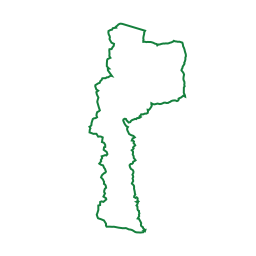 Sete Quedas, Mato Grosso do Sul, Brazil (Robinson projection), rotated 112°
{"feature_id": "56859067B99302609455873", "entity_name": "Sete Quedas", "entity_type": "district", "adm_level": 2, "iso_a3": "BRA", "parent_name": "Brazil", "parent_adm1": "Mato Grosso do Sul", "projection": "robinson", "projection_center": [-54.99, -23.874], "detail": "fine", "context": "isolated", "style": "outline", "palette": "green", "viewbox_px": 256, "rotation_deg": 112, "n_neighbors": 0, "source": "geoboundaries", "source_scale": "gbopen_adm2", "svg_char_len": 4719}
<svg xmlns="http://www.w3.org/2000/svg" viewBox="0 0 256 256"><g transform="rotate(112 128 128)"><path d="M218.9,74.8L217.3,74.8L215.8,74.9L215.5,76.2L214.4,77.0L214.2,78.1L213.7,79.3L212.6,79.9L211.3,80.1L210.0,81.5L208.9,82.9L208.1,83.8L208.3,85.1L206.9,84.9L205.6,84.6L204.1,85.5L203.0,85.4L201.9,86.3L200.8,86.7L200.6,87.9L199.7,88.8L198.5,89.3L197.2,89.9L196.7,91.1L195.3,90.8L193.5,90.9L193.3,92.5L192.1,91.0L191.6,92.1L190.6,92.4L189.6,92.7L189.0,94.0L190.0,94.8L189.7,96.5L188.4,96.7L187.0,96.3L185.9,97.2L184.4,98.0L182.7,99.2L181.8,99.8L180.4,100.2L179.2,101.0L178.5,102.5L178.1,103.6L177.0,103.6L175.3,103.3L174.1,104.0L173.1,104.9L171.4,104.8L170.4,105.5L169.7,106.4L167.7,106.2L166.2,106.7L165.2,107.8L164.8,110.0L163.4,111.6L161.9,112.6L160.4,112.1L159.6,110.7L158.5,110.3L157.3,110.6L156.2,109.6L155.1,108.9L154.4,110.0L153.7,111.4L151.9,112.3L150.8,113.7L149.2,114.0L147.9,114.6L147.2,116.2L145.9,115.4L144.9,115.1L144.1,116.0L143.1,115.7L141.4,114.8L140.6,115.8L139.9,117.2L138.3,117.4L137.9,118.6L138.2,119.8L137.2,119.8L135.9,119.8L135.0,118.9L134.1,118.2L133.3,120.0L133.4,121.6L133.4,122.8L133.1,124.8L131.8,126.1L130.8,127.3L129.8,128.2L128.5,128.7L127.1,128.4L126.9,130.3L125.8,132.1L125.1,133.0L123.8,134.3L122.9,135.2L121.8,135.4L120.7,134.6L120.4,133.3L121.5,132.1L122.0,130.8L122.7,129.5L121.7,128.1L120.6,128.0L119.3,127.3L118.4,126.4L117.7,125.6L116.9,124.9L116.7,123.7L115.3,123.2L114.9,122.0L114.1,121.0L113.0,120.3L112.7,121.6L111.4,121.0L110.4,120.9L109.7,119.1L108.3,117.7L107.9,116.5L106.7,115.4L105.3,115.6L103.7,116.6L103.4,115.4L101.9,114.8L100.6,114.6L99.3,114.3L98.2,114.4L97.3,115.2L96.3,115.6L96.5,113.9L96.2,112.4L95.6,111.5L94.3,109.8L93.9,107.5L93.1,106.1L92.1,105.1L91.1,104.2L90.5,102.9L90.4,101.7L89.7,100.2L88.6,99.4L87.8,98.5L86.8,98.0L85.9,96.9L85.1,95.5L84.7,94.3L84.7,92.7L83.9,91.9L82.7,91.6L81.8,92.1L80.8,91.2L79.8,90.2L78.9,89.7L77.3,88.8L77.5,86.8L76.5,87.4L75.1,88.8L74.4,89.5L73.3,89.9L72.0,90.4L70.5,91.0L69.4,91.4L68.1,91.1L66.9,92.0L65.3,92.4L63.8,93.2L63.1,94.1L61.8,95.0L59.9,95.6L58.8,95.8L57.5,96.0L56.3,97.1L55.3,98.6L54.6,100.0L53.5,100.2L52.2,100.0L50.5,100.3L48.7,99.9L47.3,99.7L46.5,100.3L45.0,100.2L43.2,100.4L42.1,100.8L41.2,101.2L39.7,101.2L37.9,102.1L36.6,103.2L35.3,104.2L34.1,105.0L32.7,106.2L31.7,107.4L30.7,108.0L29.7,108.6L28.5,109.6L28.7,112.6L29.4,114.1L29.6,115.4L30.0,116.7L30.0,118.2L31.0,118.6L32.4,119.9L33.2,121.0L34.1,121.9L34.8,122.9L35.4,124.7L36.1,125.9L36.5,127.0L37.5,128.5L38.6,129.8L39.1,131.0L40.4,131.8L39.4,132.8L39.7,134.7L39.5,136.4L39.6,137.9L39.8,139.3L40.3,140.4L40.8,142.0L41.5,143.2L41.7,144.7L42.4,146.1L41.3,146.6L40.2,146.7L39.4,147.3L38.2,147.7L36.7,148.0L34.9,148.2L33.3,148.8L31.4,148.6L33.6,172.2L34.0,173.9L34.6,174.8L35.7,175.7L37.0,176.2L38.7,177.2L39.4,176.5L40.3,178.1L41.2,179.5L42.9,179.7L43.7,181.0L45.4,182.4L46.8,182.0L48.5,180.9L49.7,179.4L50.9,178.7L52.4,178.5L53.3,177.5L54.2,176.4L55.1,175.2L55.2,172.5L57.2,172.0L59.0,172.6L61.0,172.8L61.9,174.7L62.9,174.5L66.2,172.9L68.2,172.3L68.9,171.5L69.5,170.6L71.7,172.7L72.9,172.8L74.4,172.3L75.5,172.0L78.6,170.8L79.5,169.2L80.0,167.8L80.6,168.9L82.1,168.2L85.8,162.4L85.9,163.6L88.4,165.4L89.0,166.7L90.2,167.4L90.6,168.4L91.5,170.4L93.5,170.5L94.8,171.2L96.8,171.2L97.7,172.3L100.5,174.3L101.6,174.0L104.1,171.8L104.6,169.6L106.6,170.8L108.5,169.5L109.7,168.2L110.9,166.8L112.6,166.7L113.8,166.6L115.3,166.3L120.0,162.6L122.2,160.7L123.3,161.2L124.8,162.5L126.4,162.4L128.1,162.0L129.6,160.7L130.9,161.7L131.9,163.3L132.9,164.0L136.7,163.7L138.0,163.4L138.9,163.0L140.4,163.4L141.3,164.2L142.4,162.7L143.9,162.8L146.5,162.0L146.4,159.5L146.4,157.9L145.8,156.7L145.2,155.1L147.2,152.4L146.3,150.8L146.1,149.7L146.2,147.9L150.8,146.9L150.7,144.9L151.3,143.9L152.2,142.8L154.1,142.0L154.9,143.0L157.3,142.4L158.2,138.8L159.9,137.3L161.5,137.7L161.7,139.0L162.9,140.3L164.1,141.8L165.5,140.7L167.9,141.2L168.8,140.4L171.8,141.3L172.2,139.3L172.0,137.1L172.9,136.2L173.8,135.4L174.6,134.0L176.8,132.1L177.9,132.3L178.8,133.2L179.7,133.6L181.0,134.3L182.4,134.5L183.9,134.5L185.1,131.9L186.1,131.0L186.7,130.1L188.8,129.4L189.0,128.1L189.9,127.0L191.6,125.9L193.0,126.7L195.4,126.5L196.6,125.9L197.2,124.8L200.8,125.1L201.4,122.0L202.4,121.4L203.9,122.2L205.7,123.1L206.0,125.1L207.0,126.1L209.9,125.0L211.0,126.5L215.1,124.8L218.6,124.5L220.1,124.5L222.2,122.7L222.9,121.9L222.7,119.1L222.7,115.7L225.0,112.5L226.7,111.9L227.5,110.9L226.3,107.9L225.6,105.8L224.8,104.0L224.3,101.4L223.9,99.3L223.3,97.0L222.9,95.3L222.2,93.7L221.6,92.5L221.6,91.1L221.7,89.3L221.2,87.4L221.1,85.7L221.4,84.0L221.7,82.4L221.6,81.1L221.0,79.5L220.3,77.3L218.9,74.8ZM217.3,74.8L217.4,73.6L216.3,73.7L217.3,74.8Z" fill="none" stroke="#15803d" stroke-width="2"/></g></svg>